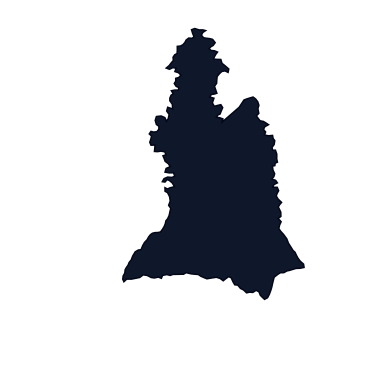 Palma Sola, Santa Catarina, Brazil, rotated 143°
{"feature_id": "56859067B30119387857874", "entity_name": "Palma Sola", "entity_type": "district", "adm_level": 2, "iso_a3": "BRA", "parent_name": "Brazil", "parent_adm1": "Santa Catarina", "projection": "orthographic", "projection_center": [-53.322, -26.383], "detail": "fine", "context": "isolated", "style": "filled", "palette": "ink", "viewbox_px": 384, "rotation_deg": 143, "n_neighbors": 0, "source": "geoboundaries", "source_scale": "gbopen_adm2", "svg_char_len": 3664}
<svg xmlns="http://www.w3.org/2000/svg" viewBox="0 0 384 384"><g transform="rotate(143 192 192)"><path d="M146.3,67.3L147.2,71.6L147.2,75.2L146.7,78.6L146.0,81.8L146.5,84.6L146.2,87.7L145.8,93.0L144.5,97.5L144.4,102.8L144.8,107.3L144.7,110.5L141.9,112.9L138.7,114.6L139.1,119.0L135.7,119.0L133.2,122.5L132.1,128.1L129.7,129.1L126.7,129.8L127.5,134.5L127.1,138.2L124.5,139.8L122.0,140.9L121.1,144.5L124.6,147.1L122.2,148.6L118.3,147.9L118.2,151.1L120.6,154.3L117.4,155.0L115.0,156.8L114.1,160.8L112.2,164.3L110.0,163.2L108.2,165.0L105.8,164.4L104.5,167.3L101.5,171.2L100.2,175.2L102.4,176.8L101.3,179.4L97.8,180.5L95.0,183.2L95.0,186.0L93.6,188.7L97.0,190.8L99.8,193.9L97.1,195.6L97.2,199.0L94.5,200.3L90.4,199.7L91.3,202.4L92.5,205.4L94.8,207.9L94.8,214.0L91.3,214.6L89.2,218.9L86.4,221.0L85.2,224.4L85.2,228.1L86.1,231.1L88.7,232.1L92.0,233.3L95.1,234.2L103.3,231.3L126.0,229.7L123.3,231.8L125.2,234.7L127.5,237.0L125.2,237.9L122.6,237.4L120.2,238.9L116.7,240.9L116.4,244.4L119.3,245.7L122.6,247.0L122.1,250.9L118.0,253.7L120.6,257.1L117.9,258.3L115.3,256.8L112.7,255.9L111.7,259.0L110.4,262.9L106.9,264.0L105.0,266.3L102.4,269.1L98.8,270.0L95.6,270.3L92.8,268.9L91.2,265.8L88.6,268.1L89.5,272.4L90.6,276.7L89.2,280.5L92.6,283.2L94.9,285.3L92.5,286.6L90.2,287.6L87.4,288.4L89.0,291.2L91.6,293.6L92.0,296.3L89.4,296.6L86.9,296.3L83.6,297.3L83.7,301.5L85.3,303.6L88.1,306.3L89.9,308.2L90.1,311.6L87.4,312.9L84.0,312.7L85.7,314.9L88.7,317.1L91.4,320.9L94.7,321.9L96.0,318.4L97.0,314.7L99.5,314.7L101.9,316.9L105.2,316.9L107.7,315.7L110.5,315.1L113.3,315.5L116.1,317.2L118.4,314.1L120.6,311.6L123.3,312.0L126.1,311.0L127.7,308.3L130.6,307.7L134.1,306.7L138.0,306.5L136.1,303.5L132.5,302.9L130.2,300.4L133.2,298.5L131.0,295.4L130.5,292.0L133.6,291.4L136.6,292.6L138.3,290.3L140.9,289.3L141.1,285.9L139.7,283.3L141.6,281.6L144.3,283.7L147.5,285.3L147.9,281.7L150.4,281.9L153.1,280.4L154.8,278.2L154.9,274.0L157.4,270.0L158.9,272.1L160.4,274.3L163.5,271.9L163.6,267.7L166.8,264.9L169.8,263.8L168.9,267.8L170.9,271.3L175.0,273.7L178.3,271.3L179.8,267.4L178.9,264.4L180.7,262.1L183.8,261.3L186.6,263.0L188.3,265.1L191.2,264.1L190.6,261.1L192.7,259.3L195.8,257.1L196.6,254.1L193.3,251.7L195.1,249.7L197.6,247.0L195.3,245.0L192.0,243.2L189.5,240.3L190.5,237.4L193.4,238.4L194.1,235.5L195.0,232.6L193.9,228.9L194.1,225.4L198.5,226.4L201.6,224.1L198.6,220.9L195.2,218.4L196.3,215.0L199.2,215.7L202.5,218.6L206.3,219.5L209.5,218.1L207.6,216.2L204.4,216.9L203.1,214.7L202.3,210.9L202.8,206.8L207.1,208.6L209.8,209.2L211.0,211.7L213.1,208.8L211.9,206.2L212.7,201.8L214.8,197.9L218.7,195.4L218.8,191.7L221.2,189.8L224.4,187.0L227.6,185.3L230.2,184.7L232.2,182.9L234.8,181.3L237.7,180.1L241.2,179.0L243.8,180.3L246.1,181.9L248.5,182.9L251.1,182.9L253.7,182.2L256.6,180.9L260.2,180.3L263.7,178.8L267.4,176.6L269.8,178.0L273.3,178.4L277.8,176.6L281.5,174.3L284.5,173.6L287.2,172.0L289.8,171.2L292.1,170.2L294.6,167.6L297.5,166.4L299.8,164.0L300.4,161.3L296.6,161.7L292.7,158.8L285.2,155.2L280.8,155.2L278.0,152.3L276.0,148.2L273.8,146.0L270.1,144.3L268.4,141.5L265.7,143.1L261.8,141.2L259.6,138.5L256.9,137.7L248.2,131.4L245.2,131.1L242.0,127.2L239.1,124.5L236.6,122.3L235.7,119.5L233.9,116.3L232.3,113.7L229.4,112.2L227.1,111.0L223.8,109.2L221.5,105.9L220.5,102.3L217.7,102.4L213.7,102.4L212.3,99.9L213.3,95.7L213.7,92.1L211.5,90.1L211.3,85.8L209.8,82.8L209.1,78.6L206.2,77.3L203.9,75.2L200.0,74.9L198.6,72.1L199.6,68.3L198.7,62.6L195.3,62.1L191.7,63.8L188.3,66.0L185.7,67.9L182.9,70.3L180.1,72.6L177.7,74.5L172.8,74.6L170.0,74.3L167.2,72.3L163.6,71.8L161.3,70.7L158.0,69.5L155.0,68.4L151.5,66.0L147.9,64.3L146.3,67.3Z" fill="#0f172a" stroke="#020617" stroke-width="1.5"/></g></svg>